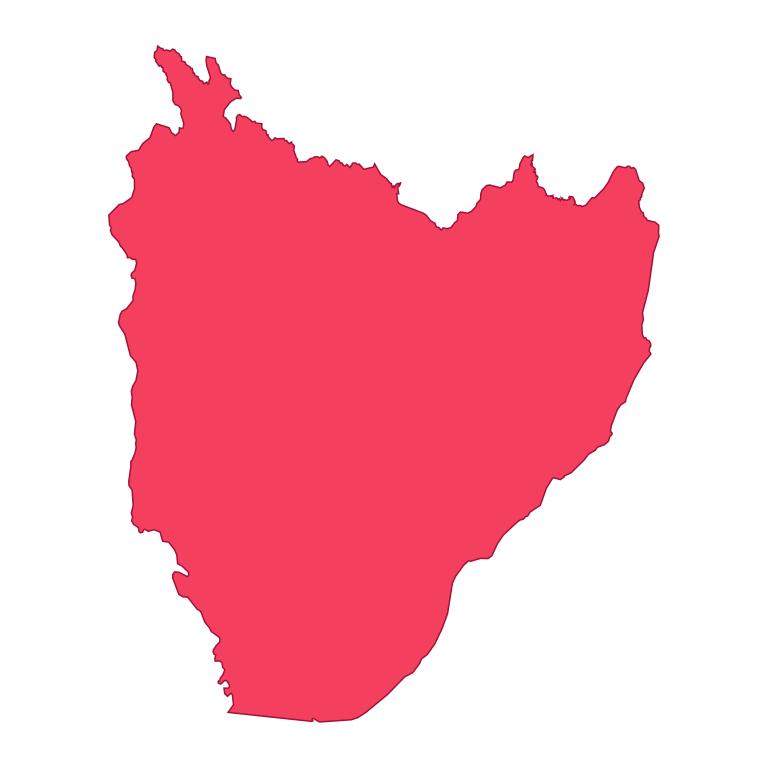 the district of Timor Tengah Selatan, Nusa Tenggara Timur, Indonesia
{"feature_id": "22746128B39495189442435", "entity_name": "Timor Tengah Selatan", "entity_type": "district", "adm_level": 2, "iso_a3": "IDN", "parent_name": "Indonesia", "parent_adm1": "Nusa Tenggara Timur", "projection": "equal_earth", "projection_center": [124.357, -9.823], "detail": "fine", "context": "isolated", "style": "filled", "palette": "rose", "viewbox_px": 768, "rotation_deg": 0, "n_neighbors": 0, "source": "geoboundaries", "source_scale": "gbopen_adm2", "svg_char_len": 6063}
<svg xmlns="http://www.w3.org/2000/svg" viewBox="0 0 768 768"><path d="M228.1,712.4L312.1,721.4L312.9,720.9L312.1,719.2L313.3,718.4L319.0,721.8L320.8,721.9L351.5,719.7L357.7,717.6L365.7,712.5L387.6,694.4L404.6,676.9L412.8,672.6L419.8,663.1L421.4,658.9L427.2,654.6L434.7,644.0L441.8,629.2L447.5,613.8L452.4,583.2L455.5,576.4L463.4,565.5L468.6,560.8L470.8,561.2L480.4,558.4L488.0,558.6L492.0,555.5L497.1,544.3L503.3,535.0L517.0,522.2L520.1,520.0L523.4,519.2L525.3,516.8L527.6,516.0L530.0,512.1L540.3,505.2L546.4,488.1L552.5,478.3L553.6,477.7L560.3,479.6L564.1,477.0L564.2,476.0L571.2,472.7L584.0,460.1L588.6,454.1L595.2,450.3L597.4,447.2L604.3,444.8L608.5,441.1L609.9,436.5L611.7,435.0L612.1,433.2L610.5,431.2L611.2,425.9L617.2,410.0L620.9,404.7L625.5,401.8L626.1,398.3L634.1,379.4L643.9,362.6L650.9,354.1L649.2,351.0L649.7,347.6L650.8,346.2L650.5,343.4L648.9,340.7L647.0,340.1L645.9,338.0L643.7,337.7L642.3,334.2L641.8,324.9L643.4,319.9L642.5,312.7L648.3,290.3L653.6,252.5L659.2,236.1L658.5,233.3L658.8,225.3L655.1,222.2L647.1,220.3L646.6,218.8L644.0,216.6L643.2,212.8L641.3,211.7L639.3,207.1L638.8,201.1L640.3,199.8L640.4,197.7L641.5,197.1L642.0,193.4L644.3,188.2L642.6,183.1L639.2,180.7L635.6,169.5L633.7,167.6L631.0,168.2L629.7,166.4L627.5,166.3L625.4,167.8L618.6,166.3L616.9,167.1L613.6,171.3L608.1,182.5L603.9,188.5L594.8,197.9L592.1,197.6L585.7,205.3L582.0,206.6L580.9,205.6L577.1,205.6L575.7,204.1L574.3,204.7L575.2,202.0L573.1,197.3L572.1,196.6L570.2,196.8L570.1,197.8L569.5,196.6L568.9,197.2L569.5,198.8L567.1,200.3L564.4,199.7L563.7,200.4L562.5,198.3L562.0,199.0L561.3,198.2L561.5,199.3L560.4,200.5L559.4,198.7L558.0,199.6L557.0,198.0L553.2,198.2L553.2,196.7L551.7,196.2L552.4,195.5L549.2,196.2L546.0,195.4L546.4,194.4L544.2,189.3L542.3,187.6L538.2,186.6L537.6,183.3L536.2,181.2L537.9,177.1L537.0,175.8L536.0,176.1L535.4,172.3L534.2,172.2L534.9,171.7L533.9,171.3L535.2,169.8L535.1,168.9L530.9,164.9L531.3,163.2L532.1,163.9L531.4,160.7L532.5,160.6L533.0,154.7L528.1,157.5L524.8,155.9L523.3,157.2L519.9,163.9L519.3,168.5L518.5,169.6L515.7,170.2L514.3,171.9L513.2,179.8L511.7,182.3L507.2,181.9L505.2,185.2L500.5,187.8L489.5,185.0L486.5,185.6L482.1,189.8L480.9,193.4L480.5,199.4L477.0,203.4L475.9,206.7L471.3,211.5L467.6,213.2L460.5,212.0L457.9,214.6L457.3,220.9L455.1,222.3L451.1,227.5L447.2,228.7L443.1,227.9L441.1,230.1L439.0,227.6L436.3,226.9L435.0,223.3L430.7,220.9L426.4,215.4L423.6,213.3L401.0,204.7L398.4,202.7L397.5,200.8L396.7,193.8L398.7,193.8L397.6,187.5L399.5,185.9L400.9,182.3L398.6,184.6L398.5,183.5L397.2,183.6L394.9,186.0L394.5,187.7L393.4,186.0L392.2,187.3L391.3,183.5L390.5,183.6L386.7,178.8L380.6,174.4L374.6,163.8L373.4,167.1L363.8,169.3L359.2,164.1L357.2,164.6L355.7,163.0L352.7,163.1L350.0,167.5L346.8,164.4L345.2,165.9L343.9,165.8L341.9,162.9L340.3,163.2L339.2,160.9L336.0,159.8L329.7,166.5L328.1,164.9L327.3,161.6L324.4,157.6L322.0,156.2L319.8,157.9L318.0,156.8L314.8,156.8L312.6,158.3L310.3,158.5L306.7,161.6L298.5,162.1L297.2,161.0L297.6,159.2L296.5,158.3L293.7,150.2L294.4,145.9L291.6,143.3L291.6,142.1L288.9,143.6L286.7,140.7L284.9,140.5L283.8,138.4L277.3,138.9L274.9,137.8L273.2,140.1L271.3,140.2L268.3,136.8L268.2,135.0L266.9,134.9L265.9,130.6L262.7,129.6L261.7,127.4L261.9,123.7L256.0,123.1L254.9,121.3L252.6,121.9L247.3,117.5L244.1,116.2L242.5,116.8L239.8,114.5L237.8,115.2L236.3,117.7L236.7,119.1L234.9,129.3L233.6,131.3L232.9,131.0L231.3,129.3L230.4,124.0L225.9,118.1L223.2,116.6L224.3,109.6L230.6,101.8L236.2,98.3L240.6,98.5L241.4,97.6L239.2,94.7L238.1,90.4L234.7,90.2L231.3,86.5L230.2,83.7L230.9,78.8L227.6,78.3L225.6,76.7L224.7,74.8L222.4,74.8L220.8,73.0L218.2,64.8L216.1,63.0L215.1,58.4L206.5,56.5L206.1,61.2L206.9,66.2L210.5,77.5L209.0,80.9L208.7,83.9L207.8,84.0L206.9,82.1L203.4,83.8L202.7,81.3L200.0,80.5L198.3,78.3L198.1,76.7L195.2,75.7L194.1,73.0L193.2,73.1L192.3,68.5L190.6,68.3L189.9,66.8L186.2,64.7L184.9,61.9L181.7,61.1L181.5,56.9L180.6,56.7L179.1,53.9L175.7,51.7L174.8,49.9L172.5,49.1L170.4,51.1L166.2,49.9L164.9,50.6L163.4,50.2L162.7,48.5L161.2,48.6L157.7,46.1L157.0,50.7L154.6,52.2L154.2,57.6L156.0,59.6L155.6,61.0L159.2,66.2L161.2,65.6L161.7,67.3L163.0,67.7L163.1,71.2L166.2,73.4L165.9,74.6L167.3,76.8L167.2,79.9L168.7,82.5L170.1,82.6L172.9,92.4L172.9,100.7L175.1,104.5L178.0,105.5L180.4,107.7L181.5,110.6L180.8,113.8L183.7,123.1L183.3,127.9L181.9,128.5L179.4,127.8L179.1,132.1L175.8,135.6L171.7,132.9L169.1,127.8L156.5,123.8L153.8,127.2L150.1,137.6L142.9,143.4L138.6,150.3L131.3,151.6L126.8,155.6L126.2,157.1L126.7,159.2L128.8,161.9L129.4,165.5L131.1,167.9L131.8,172.2L132.5,172.4L132.3,176.6L134.4,179.0L134.5,188.7L131.7,197.6L123.1,203.7L119.3,204.5L108.8,215.1L109.6,225.2L111.5,227.6L110.4,230.4L112.1,234.9L118.9,242.1L120.5,246.4L122.0,247.4L126.8,254.5L127.5,257.7L130.0,257.5L132.3,259.3L135.7,259.4L136.6,263.2L134.9,270.2L131.6,273.4L131.1,275.4L132.0,278.1L135.0,278.7L135.8,283.5L135.2,289.1L133.0,296.2L133.1,300.5L126.6,308.7L121.8,311.4L120.1,314.9L118.6,322.5L119.4,325.6L124.9,334.3L130.4,355.6L136.1,362.4L137.8,370.9L136.0,380.5L132.9,385.9L131.3,391.2L132.2,397.4L131.5,404.9L135.8,421.5L134.4,433.8L136.3,439.9L135.7,443.6L136.2,447.4L135.1,452.8L132.0,460.3L130.9,461.3L130.8,466.8L128.8,481.3L129.0,485.6L132.1,490.0L133.2,505.6L131.3,513.2L132.6,517.4L131.6,520.8L133.7,524.4L138.4,527.6L139.1,531.7L140.3,532.7L142.5,532.3L143.7,529.8L145.0,529.3L148.1,531.3L154.0,529.7L160.1,532.1L162.7,541.3L168.6,542.1L174.9,550.2L176.8,555.1L177.6,563.6L182.1,566.1L188.7,572.5L188.6,575.7L187.2,576.5L179.1,572.3L174.5,571.9L172.7,574.7L172.7,578.0L178.9,594.4L182.7,596.7L187.8,597.3L196.9,608.9L200.7,611.4L205.0,622.4L209.4,627.7L211.3,631.5L218.9,637.0L219.9,638.7L219.9,641.8L216.3,645.5L213.5,649.8L213.1,651.9L214.0,654.1L215.7,654.8L214.9,658.8L215.2,661.1L219.5,661.0L222.0,662.6L222.6,667.2L224.8,669.6L222.9,674.9L220.3,678.0L220.1,679.9L218.1,681.4L218.4,683.2L220.7,684.1L224.6,680.6L226.6,680.6L229.2,684.5L229.5,686.5L228.2,688.2L224.0,688.1L224.7,693.7L227.5,696.3L230.9,693.2L232.4,694.9L233.5,704.7L228.1,712.4Z" fill="#f43f5e" stroke="#9f1239" stroke-width="1.5"/></svg>